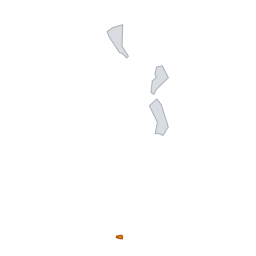 Turks and Caicos Islands, with Salt Cay highlighted, rotated 64°
{"feature_id": "TCA-5008", "entity_name": "Salt Cay", "entity_type": "state/province", "adm_level": 1, "iso_a3": "TCA", "parent_name": "Turks and Caicos Islands", "parent_adm1": "", "projection": "orthographic", "projection_center": [-71.208, 21.326], "detail": "fine", "context": "in_parent", "style": "filled", "palette": "amber", "viewbox_px": 256, "rotation_deg": 64, "n_neighbors": 0, "source": "natural_earth", "source_scale": "10m", "svg_char_len": 641}
<svg xmlns="http://www.w3.org/2000/svg" viewBox="0 0 256 256"><g transform="rotate(64 128 128)"><path d="M145.8,103.7L145.2,106.2L135.7,99.1L117.4,99.0L114.5,89.4L121.5,87.9L144.7,91.3L150.0,99.7L145.8,103.7ZM32.8,87.5L52.0,97.6L63.6,96.2L64.5,98.4L58.2,100.6L56.7,102.5L38.1,105.0L32.2,104.5L31.1,97.7L32.8,87.5ZM109.1,89.9L106.1,91.8L96.4,85.5L95.0,80.5L91.5,80.2L85.7,75.7L87.2,69.9L100.5,69.7L105.8,85.9L109.1,89.9Z" fill="#d9dde1" stroke="#a8b0b8" stroke-width="1"/><path d="M221.9,180.7L223.6,180.8L224.9,181.9L223.4,184.1L221.3,186.3L220.4,185.6L221.2,182.3L221.9,180.7Z" fill="#f59e0b" stroke="#b45309" stroke-width="1.5"/></g></svg>